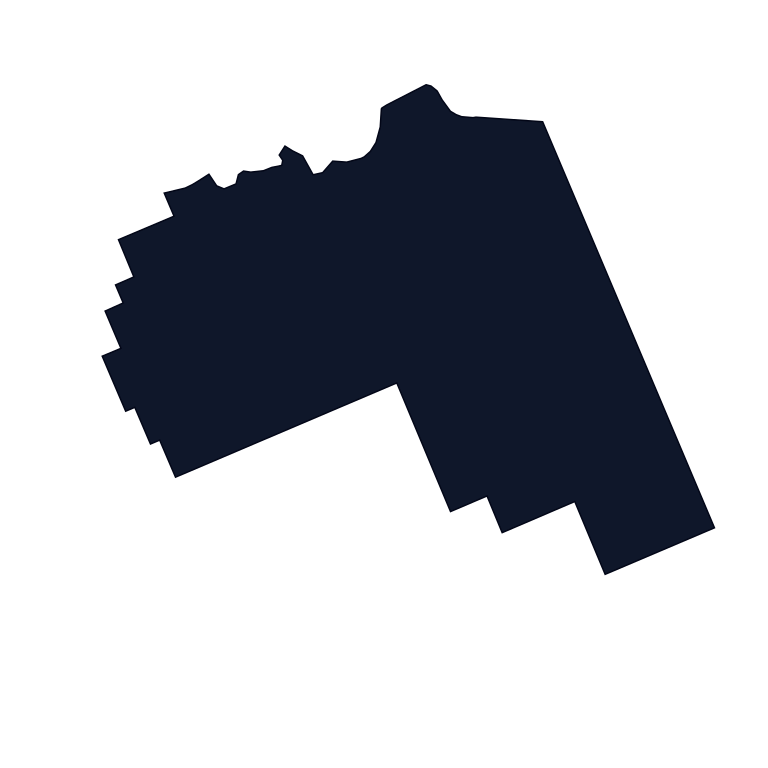 outline of Payette, Idaho, United States of America, rotated 67°
{"feature_id": "52423323B59144379329790", "entity_name": "Payette", "entity_type": "district", "adm_level": 2, "iso_a3": "USA", "parent_name": "United States of America", "parent_adm1": "Idaho", "projection": "albers", "projection_center": [-116.889, 43.973], "detail": "fine", "context": "isolated", "style": "filled", "palette": "ink", "viewbox_px": 768, "rotation_deg": 67, "n_neighbors": 0, "source": "geoboundaries", "source_scale": "gbopen_adm2", "svg_char_len": 926}
<svg xmlns="http://www.w3.org/2000/svg" viewBox="0 0 768 768"><g transform="rotate(67 384 384)"><path d="M122.4,511.7L147.5,511.7L147.4,572.0L187.7,572.4L187.9,592.4L207.5,592.4L207.9,612.2L248.4,612.2L248.3,632.5L308.1,632.4L308.1,622.5L348.0,622.4L348.0,612.4L388.3,612.3L388.0,371.8L527.4,372.6L527.3,332.9L567.0,333.3L566.7,254.3L645.6,254.8L645.5,136.0L204.6,135.5L174.3,195.1L173.6,198.0L168.3,208.1L164.2,212.4L158.9,216.3L145.2,219.5L135.1,220.6L128.1,224.3L125.0,228.3L128.2,272.1L129.1,278.0L129.7,278.9L145.9,287.0L158.6,297.0L164.6,305.7L167.2,313.4L167.4,316.9L165.2,331.6L158.8,344.1L165.5,357.9L163.7,367.5L142.2,369.8L133.4,377.3L126.3,382.2L132.3,391.0L138.5,389.8L142.8,392.7L142.2,396.2L140.8,402.6L140.6,411.6L136.9,423.9L133.1,430.1L134.4,436.2L142.0,442.0L141.9,455.0L136.2,460.6L122.5,463.2L124.7,476.3L125.6,482.5L126.0,490.4L122.4,511.7Z" fill="#0f172a" stroke="#020617" stroke-width="1.5"/></g></svg>